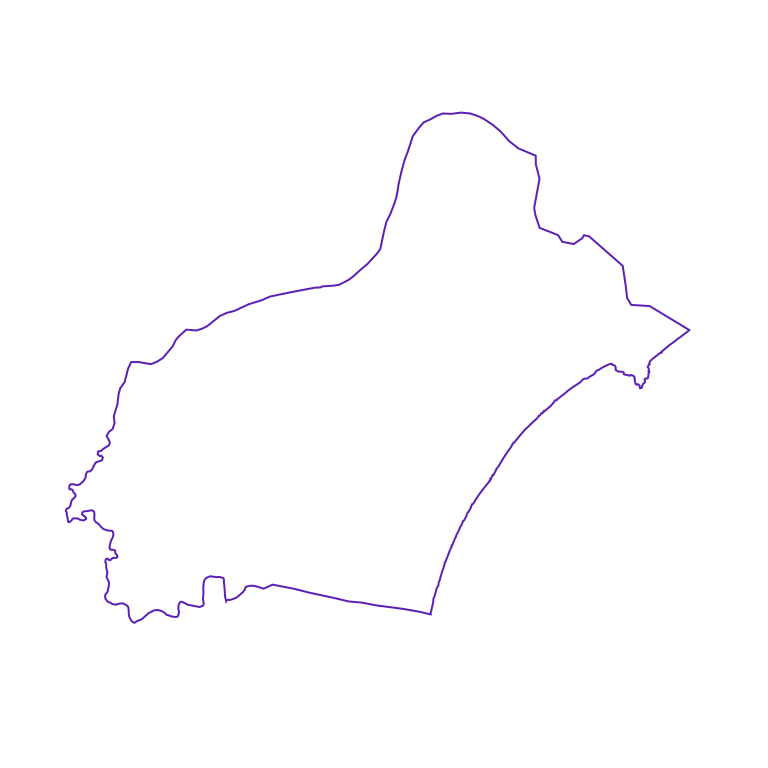 the district of Kota Singkawang, Kalimantan Barat, Indonesia, rotated 191°
{"feature_id": "22746128B18670307275317", "entity_name": "Kota Singkawang", "entity_type": "district", "adm_level": 2, "iso_a3": "IDN", "parent_name": "Indonesia", "parent_adm1": "Kalimantan Barat", "projection": "natural_earth1", "projection_center": [108.996, 0.891], "detail": "fine", "context": "isolated", "style": "outline", "palette": "violet", "viewbox_px": 768, "rotation_deg": 191, "n_neighbors": 0, "source": "geoboundaries", "source_scale": "gbopen_adm2", "svg_char_len": 6163}
<svg xmlns="http://www.w3.org/2000/svg" viewBox="0 0 768 768"><g transform="rotate(191 384 384)"><path d="M672.3,220.6L670.7,221.0L669.7,220.7L668.0,218.2L665.9,216.9L665.5,215.5L665.6,214.3L668.2,210.6L668.6,208.0L668.6,204.8L669.5,202.4L671.7,201.0L672.1,199.0L670.9,197.1L670.5,195.2L669.4,193.2L668.3,189.6L667.5,188.3L666.6,188.3L664.8,190.3L664.2,191.8L663.1,192.9L659.3,193.5L657.8,193.2L656.6,192.7L653.2,192.7L652.4,193.0L650.8,194.6L650.8,195.6L651.7,196.5L655.5,198.4L655.6,199.8L655.1,201.0L653.5,202.0L650.5,202.8L647.7,204.0L646.4,204.3L645.0,203.8L644.2,203.2L643.3,200.7L642.7,196.1L642.0,194.8L640.9,193.7L637.0,191.8L634.0,189.4L631.5,188.0L626.8,187.5L624.1,187.9L623.2,187.9L622.5,187.7L621.7,186.9L620.8,184.2L621.2,180.7L622.0,178.5L622.3,175.2L622.4,172.3L622.3,171.1L621.3,169.4L619.9,169.2L618.1,169.6L616.1,169.2L615.8,167.7L615.2,166.5L613.3,164.9L612.8,163.8L613.0,162.7L613.7,162.3L616.8,161.6L618.0,160.4L619.0,158.9L620.6,158.8L621.7,159.8L623.3,159.4L623.8,157.9L623.5,155.8L622.7,155.0L621.9,152.4L621.8,151.4L620.8,148.8L619.8,147.0L619.5,145.3L619.6,142.2L619.2,141.0L616.4,137.4L615.9,135.7L615.6,133.3L615.7,127.6L616.3,125.8L617.2,124.5L617.4,122.4L616.3,119.8L613.3,117.4L610.8,117.1L608.6,116.2L605.1,116.2L601.8,117.9L599.7,118.6L597.6,118.7L593.7,117.3L592.4,116.0L591.3,112.7L590.5,109.1L589.6,106.8L586.7,103.2L584.3,102.0L582.8,102.3L581.8,103.7L577.1,106.8L575.3,108.9L571.6,113.9L566.4,118.0L563.3,118.9L560.3,118.9L557.6,118.3L555.6,117.5L553.4,115.9L550.9,115.8L548.1,115.3L546.4,115.3L543.8,115.6L542.3,116.2L541.7,118.9L541.6,120.2L542.0,121.8L542.6,123.0L543.4,126.3L543.3,128.6L542.7,130.7L541.7,131.6L540.2,131.6L539.1,131.1L537.2,130.8L535.7,130.1L534.3,129.9L522.4,129.9L519.4,131.8L519.0,133.6L519.4,135.2L520.5,137.7L520.9,139.4L521.0,142.0L521.5,145.0L522.4,148.7L523.1,155.1L522.7,157.5L521.8,159.4L520.1,160.7L517.9,162.1L511.2,162.5L509.6,163.0L508.3,163.2L504.6,162.8L503.7,161.1L503.5,159.6L501.1,151.6L499.6,145.3L497.4,140.7L497.1,141.8L495.5,142.4L493.8,142.7L490.4,144.6L487.4,146.8L482.7,152.9L481.4,155.6L481.1,158.2L480.1,159.0L476.3,160.6L473.3,161.0L469.7,160.9L463.1,160.1L455.1,165.8L432.8,165.8L417.1,164.9L390.7,164.4L377.4,163.8L363.5,165.2L349.5,165.2L322.1,166.9L305.5,167.2L294.2,166.7L294.3,167.3L294.6,167.8L294.4,168.7L294.1,178.6L294.5,183.0L293.9,184.9L293.3,193.5L292.2,196.5L292.4,199.6L291.8,202.6L291.7,205.2L291.1,211.4L290.5,214.7L290.5,215.6L290.1,219.2L290.2,220.6L289.5,221.7L289.3,223.8L288.4,228.3L288.0,231.0L286.9,236.6L286.4,237.2L286.5,237.7L286.8,238.3L286.8,238.6L285.9,239.8L285.9,241.1L285.4,242.4L285.1,244.9L284.2,248.2L284.0,250.3L283.2,252.3L281.7,258.9L281.3,259.5L280.5,262.7L280.4,264.5L279.3,265.5L278.0,269.8L277.8,272.1L277.2,274.2L276.7,274.6L275.1,279.1L275.0,280.8L274.6,282.8L273.7,283.2L271.3,289.6L268.4,296.2L264.2,304.5L263.0,306.5L262.4,308.1L261.6,308.6L261.8,309.6L261.0,310.6L261.6,311.5L261.1,311.8L260.2,313.6L260.1,315.2L259.8,315.4L259.4,315.4L258.8,316.8L258.3,318.4L258.1,319.5L257.5,320.8L257.4,322.4L256.5,323.6L255.9,325.1L254.0,330.1L253.7,331.4L251.6,336.5L251.5,337.4L250.9,338.2L249.5,341.7L247.1,346.6L247.0,347.8L246.6,348.6L246.3,349.9L245.7,350.5L245.6,351.1L245.0,351.3L244.9,352.0L244.1,352.8L243.7,354.1L243.1,354.8L240.5,359.8L237.2,365.6L229.8,376.1L227.7,378.8L226.9,380.1L226.0,382.2L225.8,382.4L225.4,382.4L224.8,383.1L224.2,384.9L223.5,385.5L223.0,385.5L222.6,386.0L222.5,387.1L221.9,388.1L221.7,388.2L221.3,387.8L216.1,394.5L215.0,396.2L214.6,397.3L213.7,398.4L213.1,400.4L212.3,401.0L211.4,401.0L210.9,402.2L204.8,409.1L202.5,412.1L199.3,415.7L193.8,421.0L192.9,422.1L191.8,422.9L191.5,423.6L190.8,424.4L189.7,426.4L188.2,427.6L186.2,427.9L184.9,428.8L183.8,430.1L179.8,433.6L179.1,434.5L178.6,436.4L177.2,438.2L175.6,439.0L173.9,440.8L171.2,443.1L167.0,446.2L164.7,447.3L164.2,447.1L163.7,446.5L162.1,446.4L160.7,445.8L159.8,444.6L159.5,443.7L159.6,442.7L159.4,442.4L158.8,441.7L157.3,441.4L156.4,440.8L155.5,441.1L151.7,441.5L151.0,441.2L150.7,440.7L150.6,439.5L149.8,439.2L146.7,439.2L145.0,438.9L144.6,439.4L143.1,439.6L142.8,440.0L141.5,439.8L140.4,439.4L139.3,438.5L139.3,437.5L138.7,436.5L138.6,435.2L138.2,434.9L137.2,432.3L135.7,431.5L135.1,432.2L134.0,432.1L132.8,431.0L132.1,428.9L131.6,428.7L130.9,429.0L130.1,429.9L130.3,431.4L129.9,432.3L129.9,433.2L128.1,435.6L128.3,436.7L129.0,437.7L129.0,438.6L128.2,439.5L126.6,439.6L126.1,440.1L126.0,440.5L126.1,443.0L126.3,444.1L126.2,445.3L125.8,446.0L125.8,446.6L126.8,446.9L126.7,448.5L127.1,449.8L128.4,451.0L128.3,451.7L127.7,453.2L127.0,454.0L127.0,454.3L127.6,454.8L127.2,457.1L125.5,459.5L119.8,466.2L118.2,467.7L117.4,467.7L117.3,468.4L117.5,469.1L116.5,470.0L115.6,471.3L111.0,476.9L106.1,482.1L103.9,484.8L102.3,486.3L98.3,490.9L96.4,492.8L94.6,495.2L138.1,511.2L156.4,508.8L161.7,514.7L165.3,526.1L172.2,545.5L210.7,568.0L216.1,568.2L217.2,564.9L224.4,557.6L236.1,557.6L241.5,563.3L249.0,564.8L261.0,566.9L267.6,578.7L270.2,585.5L270.5,615.2L276.9,628.7L278.6,637.0L297.2,641.0L307.5,646.3L317.1,653.7L326.1,658.9L335.7,662.9L342.1,664.8L350.9,666.0L360.2,665.1L369.5,662.0L377.7,660.8L383.3,657.4L389.7,652.1L395.0,648.4L398.5,642.3L403.0,632.8L404.9,617.1L406.5,608.1L407.5,594.9L407.8,582.0L407.5,576.4L407.5,570.0L408.1,564.1L410.2,552.1L412.6,543.5L413.1,534.3L413.4,515.8L415.5,511.2L423.2,498.6L428.3,492.4L434.9,483.5L438.9,479.2L447.0,472.8L452.7,470.8L462.8,468.2L464.8,466.7L470.7,465.2L490.3,457.4L512.4,448.2L520.2,442.8L531.8,436.6L545.2,427.0L551.6,424.0L558.3,419.3L568.6,407.0L573.3,403.5L578.2,400.8L588.5,399.6L594.1,392.1L596.7,387.7L598.8,380.2L606.2,367.1L611.1,362.6L616.5,359.0L628.9,358.7L636.4,357.3L638.2,350.1L638.5,342.9L639.0,336.4L642.1,329.5L642.6,323.6L641.8,313.1L643.1,300.9L641.0,294.1L641.8,288.1L644.9,284.5L646.4,280.0L643.1,276.2L641.8,273.5L642.4,271.2L646.9,267.0L649.0,264.3L651.8,263.1L651.6,260.4L649.2,259.0L647.9,259.7L645.9,258.1L646.3,255.4L649.2,253.6L651.6,252.4L652.8,249.9L654.2,244.5L655.9,242.2L658.5,241.3L659.3,239.0L659.1,235.1L660.5,231.3L663.4,227.6L665.2,226.3L669.5,226.3L672.6,225.8L673.4,224.0L673.0,221.3L672.3,220.6Z" fill="none" stroke="#5b21b6" stroke-width="2"/></g></svg>